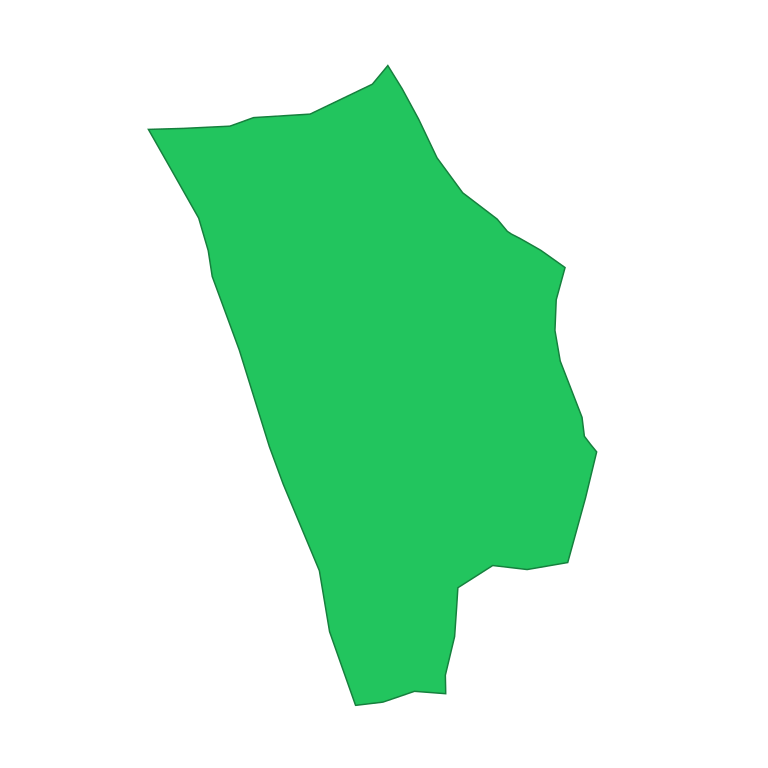 Abdi, Ouaddaï, Chad (Albers equal-area conic projection), rotated 263°
{"feature_id": "50815135B4539380481876", "entity_name": "Abdi", "entity_type": "district", "adm_level": 2, "iso_a3": "TCD", "parent_name": "Chad", "parent_adm1": "Ouaddaï", "projection": "albers", "projection_center": [21.197, 12.922], "detail": "fine", "context": "isolated", "style": "filled", "palette": "green", "viewbox_px": 768, "rotation_deg": 263, "n_neighbors": 0, "source": "geoboundaries", "source_scale": "gbopen_adm2", "svg_char_len": 773}
<svg xmlns="http://www.w3.org/2000/svg" viewBox="0 0 768 768"><g transform="rotate(263 384 384)"><path d="M68.5,316.7L68.4,344.2L75.2,376.5L75.3,376.6L69.2,407.0L69.1,407.5L74.6,408.1L87.5,409.4L124.7,423.3L153.6,428.9L172.8,432.5L190.6,469.8L182.4,503.5L184.4,544.6L246.3,570.1L290.7,586.8L299.3,581.4L307.7,576.5L326.8,576.5L385.3,561.7L416.3,560.2L446.6,565.2L477.5,577.9L497.5,556.0L511.6,537.1L517.3,528.7L520.5,525.0L533.9,516.4L564.2,485.4L602.0,464.2L642.5,450.7L674.8,438.0L699.6,426.6L699.3,426.3L683.0,409.0L660.9,343.5L664.3,287.0L658.7,262.4L662.1,216.5L665.4,181.2L622.9,198.9L571.2,220.3L537.8,225.8L511.7,226.6L435.4,244.5L335.8,262.6L296.7,271.8L206.6,297.1L144.8,299.8L68.6,316.6L68.5,316.7Z" fill="#22c55e" stroke="#15803d" stroke-width="1.5"/></g></svg>